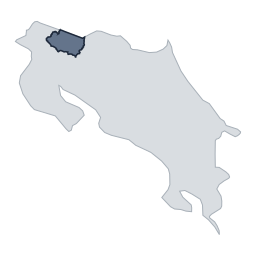 Upala, Alajuela, Costa Rica (highlighted)
{"feature_id": "36466004B97209373697434", "entity_name": "Upala", "entity_type": "district", "adm_level": 2, "iso_a3": "CRI", "parent_name": "Costa Rica", "parent_adm1": "Alajuela", "projection": "mercator", "projection_center": [-85.236, 10.868], "detail": "fine", "context": "in_parent", "style": "filled", "palette": "slate", "viewbox_px": 256, "rotation_deg": 0, "n_neighbors": 0, "source": "geoboundaries", "source_scale": "gbopen_adm2", "svg_char_len": 5254}
<svg xmlns="http://www.w3.org/2000/svg" viewBox="0 0 256 256"><path d="M240.6,131.9L240.3,133.2L239.1,134.5L237.4,135.8L235.2,136.7L229.9,134.0L224.6,130.9L221.8,132.3L220.7,136.3L218.7,138.4L216.3,139.2L215.3,140.6L215.1,154.3L215.3,167.2L219.2,167.4L225.9,171.9L228.7,174.5L229.6,177.0L228.8,178.2L223.9,181.0L219.2,184.5L216.8,189.0L221.0,196.1L221.8,201.0L221.7,206.1L220.6,208.5L211.4,214.3L209.4,216.4L209.7,217.9L214.7,221.9L217.1,225.8L219.1,230.5L219.4,234.6L214.8,227.0L208.5,219.8L202.9,215.3L202.5,205.0L200.3,199.3L192.0,194.1L184.9,190.5L179.6,191.2L182.8,197.2L191.2,204.9L191.7,207.8L191.6,211.7L185.9,211.1L180.8,209.5L174.6,209.0L170.5,206.7L161.8,197.5L168.0,189.7L169.9,184.6L169.7,174.0L168.3,168.8L161.6,161.0L150.9,152.4L135.9,145.4L128.9,139.7L111.4,135.3L104.7,132.5L99.5,127.1L98.7,123.3L100.6,117.4L95.7,109.8L74.8,95.0L63.2,89.6L60.7,86.4L58.8,85.4L60.6,95.6L65.7,101.8L79.0,107.5L82.7,110.9L84.2,115.2L76.4,123.5L72.5,125.6L71.3,130.2L68.8,131.5L66.1,128.9L55.3,115.9L34.4,109.6L30.7,105.8L22.9,93.9L19.3,83.0L20.6,75.7L29.2,64.4L31.8,59.4L31.3,56.4L31.6,51.9L28.4,48.8L20.4,44.7L15.4,41.5L16.7,39.8L25.9,35.5L26.4,31.5L26.4,30.2L27.9,29.9L29.2,28.9L30.0,27.8L32.5,23.9L34.7,21.8L37.2,21.4L40.2,23.0L51.7,27.1L64.5,31.7L82.6,38.2L90.2,34.0L96.7,30.9L101.2,31.3L110.9,35.0L116.8,36.2L120.4,35.8L126.7,41.3L130.1,45.3L130.6,48.1L132.5,49.5L137.4,49.8L149.3,52.6L156.6,52.1L163.2,49.1L166.9,45.6L168.0,40.1L169.7,42.9L171.6,47.1L172.5,52.6L181.0,71.1L187.9,81.4L202.8,100.1L209.3,103.6L220.2,118.6L224.0,121.1L226.2,125.5L237.5,129.2L240.6,131.9Z" fill="#d9dde1" stroke="#a8b0b8" stroke-width="1"/><path d="M84.6,37.1L82.6,38.3L77.3,36.3L64.9,31.6L61.5,30.2L61.1,30.1L60.9,30.2L60.7,30.1L60.4,30.1L60.2,30.0L60.0,30.3L59.9,30.3L59.9,30.2L59.8,30.3L59.7,30.3L59.8,30.6L59.6,30.7L59.6,31.0L59.4,31.1L59.3,31.4L59.0,31.4L58.9,31.5L58.9,31.8L59.0,31.8L59.0,32.0L59.1,32.4L59.1,32.7L59.1,32.9L59.1,33.1L59.0,33.3L58.8,33.6L58.7,33.5L58.4,33.7L58.5,33.5L58.5,33.4L58.2,33.4L58.1,33.5L57.8,33.4L57.7,33.3L57.7,33.2L57.5,32.9L57.3,32.8L57.2,32.8L56.9,32.8L56.6,32.6L56.4,32.4L56.5,32.3L56.5,32.2L56.4,32.2L56.2,32.1L56.0,31.9L55.8,31.9L55.9,31.7L55.5,31.5L55.4,31.5L55.2,31.6L54.9,31.7L54.6,31.6L54.4,31.7L54.1,31.8L54.1,32.0L53.9,32.0L53.7,32.1L53.4,32.0L53.2,32.0L52.9,32.1L52.7,32.2L52.7,32.3L52.6,32.5L52.5,32.8L52.5,33.1L52.4,33.2L52.1,33.5L52.1,33.8L52.0,34.0L51.9,34.0L51.8,33.8L51.8,34.1L51.7,34.1L51.7,34.4L51.8,34.5L51.7,34.6L51.4,34.6L51.1,34.7L51.1,34.8L51.1,35.1L51.0,35.3L50.9,35.4L50.9,35.5L51.0,35.6L50.9,35.8L51.1,35.9L51.1,36.0L50.9,36.1L50.9,36.3L50.8,36.5L50.6,36.5L50.4,36.6L50.3,36.8L50.2,36.8L49.9,36.8L49.5,37.0L49.3,37.0L49.1,37.0L48.8,37.1L48.7,37.1L48.4,37.0L48.3,36.9L48.1,36.9L48.0,37.0L47.7,37.4L47.5,37.5L47.4,37.6L47.1,38.0L46.9,38.1L46.6,38.3L46.6,38.5L46.4,38.7L46.3,38.9L46.4,39.1L46.6,39.4L46.5,39.6L46.4,39.7L46.4,39.9L46.4,40.1L46.6,40.4L47.1,40.7L47.2,40.9L47.2,41.2L47.3,41.4L47.4,41.5L47.6,41.4L47.6,41.5L47.8,41.6L48.1,41.9L48.1,42.0L48.3,42.2L48.4,42.3L48.5,42.5L48.8,42.7L49.0,42.7L49.2,43.0L49.3,43.3L49.5,43.4L49.7,43.6L49.9,43.7L50.0,43.8L50.1,44.0L50.9,45.3L51.1,45.6L51.1,45.8L51.3,45.7L51.4,45.9L51.7,46.2L51.9,46.3L52.4,46.3L52.6,46.3L53.1,46.3L53.3,46.5L53.5,46.6L54.0,47.0L54.4,47.0L54.5,47.1L54.7,47.3L54.8,47.3L55.0,47.4L55.1,47.5L55.3,47.8L55.7,48.1L55.8,48.1L55.9,48.3L56.0,48.3L56.1,48.6L56.3,48.7L56.2,49.0L56.4,49.1L56.4,49.4L56.6,49.5L56.8,49.8L57.0,49.9L57.0,50.1L57.2,50.3L57.3,50.5L57.5,50.8L57.7,51.3L57.9,51.5L58.0,51.5L58.1,51.4L58.3,51.5L58.3,51.3L58.4,51.2L58.8,51.3L59.0,51.3L59.2,51.1L59.4,51.0L59.5,51.0L59.7,50.7L60.0,50.7L60.3,50.6L60.6,50.5L60.9,50.5L61.1,50.6L61.3,50.7L61.6,50.8L61.9,50.9L62.3,51.1L62.8,51.2L62.9,51.3L63.0,51.4L63.4,51.6L63.5,51.7L63.8,51.7L64.0,51.8L64.3,51.9L64.5,51.9L65.1,51.7L65.5,51.7L66.6,51.8L66.8,51.8L67.0,52.0L67.3,52.0L67.2,52.1L67.3,52.2L67.4,52.4L67.6,52.6L67.8,52.8L67.9,53.1L67.9,53.4L67.9,53.7L68.0,53.9L68.2,54.0L68.2,54.3L68.4,54.3L68.5,54.3L68.8,54.3L69.0,54.2L69.4,54.1L69.7,54.1L69.8,54.0L70.0,53.9L70.4,54.0L70.6,54.1L71.2,54.1L71.6,54.1L71.8,54.2L71.8,54.3L72.0,54.5L72.5,54.5L72.6,54.9L72.7,55.1L72.9,55.2L73.1,55.2L73.5,55.2L73.8,55.3L74.4,55.4L74.7,55.5L74.8,55.5L75.0,55.8L75.1,56.2L75.2,56.4L75.2,56.6L75.2,56.8L75.3,56.9L75.6,57.0L75.6,56.9L75.7,56.6L75.8,56.4L76.0,56.0L76.2,55.8L76.3,55.6L76.6,55.1L76.7,54.7L77.2,54.3L77.5,54.1L77.8,53.7L78.0,53.7L78.2,53.8L78.3,53.8L78.6,53.6L78.8,53.6L79.0,53.7L79.4,53.5L79.5,53.5L79.5,53.1L79.5,52.8L79.5,52.7L79.7,52.8L79.9,52.7L80.0,52.6L79.9,52.3L79.7,51.9L79.4,51.6L79.1,51.3L79.1,51.2L79.1,50.9L79.2,50.7L79.3,50.6L79.5,50.5L79.8,50.3L80.0,50.0L80.1,49.9L80.6,49.9L80.8,49.9L81.2,49.9L81.3,49.8L81.6,49.6L81.7,49.3L81.8,49.2L81.7,49.1L81.7,48.9L81.8,48.9L82.0,48.8L82.2,48.7L82.1,48.1L82.3,48.0L82.5,47.9L82.8,48.0L82.9,47.9L83.0,47.7L83.1,47.4L83.1,47.2L83.2,46.8L83.1,46.6L83.2,46.2L83.3,46.2L83.5,46.3L83.5,46.1L83.6,45.9L83.9,45.6L83.7,45.4L83.8,45.3L84.1,45.2L84.3,44.9L84.3,44.6L84.3,44.2L84.2,43.9L84.0,43.7L83.8,43.4L83.8,43.1L84.1,42.4L84.1,42.1L84.2,41.8L84.1,41.7L84.1,41.3L84.0,41.0L83.9,40.8L84.2,40.5L84.1,39.6L84.2,39.4L84.3,39.2L84.3,38.9L84.4,38.6L84.4,38.3L84.5,38.2L84.5,37.9L84.6,37.1Z" fill="#64748b" stroke="#1e293b" stroke-width="1.5"/></svg>